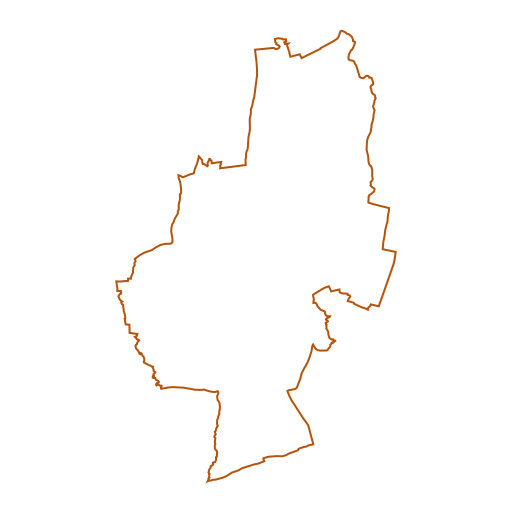 the district of Lelesti, Gorj, Romania
{"feature_id": "2599482B29028980052546", "entity_name": "Lelesti", "entity_type": "district", "adm_level": 2, "iso_a3": "ROU", "parent_name": "Romania", "parent_adm1": "Gorj", "projection": "orthographic", "projection_center": [23.201, 45.094], "detail": "fine", "context": "isolated", "style": "outline", "palette": "amber", "viewbox_px": 512, "rotation_deg": 0, "n_neighbors": 0, "source": "geoboundaries", "source_scale": "gbopen_adm2", "svg_char_len": 6038}
<svg xmlns="http://www.w3.org/2000/svg" viewBox="0 0 512 512"><path d="M264.3,461.2L263.4,459.1L263.4,458.2L268.8,456.7L277.1,456.1L282.3,456.3L286.2,455.1L288.8,453.6L297.9,450.3L298.2,450.1L298.4,449.0L298.8,448.7L303.4,447.1L306.5,446.5L308.4,445.4L313.3,444.3L308.1,424.9L303.9,419.3L291.6,400.4L289.2,395.5L287.4,391.0L288.6,390.3L294.7,389.1L296.1,388.4L296.8,387.7L300.5,378.3L301.5,373.6L304.1,368.5L307.5,362.6L309.4,357.7L311.5,351.2L312.4,345.6L313.1,344.5L315.5,348.6L317.7,350.1L319.9,350.6L326.5,350.5L327.5,350.1L328.5,348.5L330.3,346.5L330.4,345.8L330.2,345.0L331.1,344.1L331.5,343.0L332.1,342.5L332.8,343.0L333.8,341.9L335.3,341.0L335.2,340.7L333.5,340.9L333.6,340.0L333.0,339.3L331.6,339.5L329.4,338.0L328.3,334.2L328.3,332.1L326.9,329.3L326.3,328.6L326.5,327.5L326.3,325.6L326.7,325.0L326.0,324.3L325.6,323.0L327.9,321.4L327.6,320.7L326.0,319.7L325.9,319.3L326.9,318.2L329.6,317.0L330.0,316.3L327.4,316.2L325.9,315.3L324.9,313.3L325.1,312.3L324.8,311.5L320.6,309.7L317.4,306.1L316.8,304.3L315.3,302.7L313.4,302.9L313.8,299.0L313.1,295.7L313.1,294.7L322.5,288.9L325.3,287.5L328.9,286.3L331.2,291.4L339.4,289.5L339.7,292.2L340.4,292.8L342.4,293.4L347.5,293.7L347.6,294.9L349.7,295.4L350.3,296.4L348.3,299.4L347.8,301.1L353.4,302.6L353.9,302.9L354.0,303.7L354.8,304.1L361.4,307.2L365.3,308.4L367.9,309.7L368.3,307.6L369.9,306.4L370.8,304.4L378.8,306.3L393.5,264.3L394.6,259.4L395.7,251.9L382.7,249.2L383.4,241.5L384.5,236.0L385.3,229.9L386.6,224.3L387.5,221.5L387.8,216.6L388.8,211.3L389.1,208.1L375.0,204.6L368.9,202.8L368.3,202.3L368.6,199.0L368.5,197.1L369.4,194.9L370.8,194.2L374.0,191.6L374.6,189.0L374.5,188.7L372.6,187.5L370.5,185.6L370.9,184.7L370.5,182.1L372.3,180.5L372.7,179.4L372.2,176.0L372.2,169.6L371.1,166.2L369.7,165.1L369.0,163.7L368.6,162.0L368.1,155.9L366.6,150.0L366.9,142.6L367.3,139.7L368.1,137.2L370.6,132.1L371.4,127.4L371.6,124.5L372.8,120.6L373.5,117.0L373.5,114.9L374.6,110.6L373.0,106.6L374.3,102.5L374.6,100.5L375.7,98.2L375.1,97.2L375.2,96.0L374.7,95.0L372.5,93.6L372.1,93.1L371.5,91.1L371.3,89.0L370.7,88.0L370.5,87.1L370.7,86.4L371.7,85.1L373.2,84.4L373.1,82.3L371.6,78.0L370.7,77.5L369.3,77.7L368.5,76.2L368.0,75.9L366.2,75.9L363.2,78.3L361.2,78.0L359.7,77.0L356.2,65.3L355.2,64.2L354.1,61.6L353.0,60.7L349.7,60.2L348.7,59.4L348.4,57.5L349.1,53.9L350.2,52.2L350.9,50.3L352.0,49.7L353.5,47.0L354.7,43.7L355.0,42.1L354.6,41.7L352.9,41.0L353.0,39.5L352.0,37.2L350.9,35.9L348.7,34.2L346.9,33.8L345.4,32.3L342.1,30.8L341.3,30.7L340.5,31.3L338.6,36.6L337.9,37.9L336.6,39.2L332.9,41.5L320.6,48.2L320.6,48.7L301.6,58.1L299.8,54.3L290.4,56.7L289.4,53.4L289.5,52.2L288.7,50.8L288.5,49.4L287.2,45.9L287.3,44.5L288.2,43.6L285.0,44.1L284.4,42.8L285.1,42.4L284.8,41.9L286.3,41.4L285.9,39.2L283.1,39.5L282.7,38.7L281.8,38.8L278.3,38.2L274.9,39.1L275.2,42.0L276.5,43.1L276.3,44.3L278.9,45.5L279.7,46.5L278.8,48.1L278.3,48.5L275.8,49.1L273.7,47.9L255.0,49.7L256.5,62.1L257.0,68.9L257.1,74.6L254.2,97.4L253.1,100.7L252.4,105.2L250.9,109.5L250.8,114.1L249.8,118.6L249.7,120.4L249.9,127.4L249.7,131.3L248.5,136.9L247.8,148.0L247.3,150.2L246.6,151.2L246.0,154.1L246.2,156.2L245.5,159.4L245.7,165.0L220.2,168.3L220.3,166.5L220.1,165.6L220.9,164.6L220.6,163.6L221.1,161.9L211.8,163.3L211.5,160.6L210.5,160.4L210.2,159.0L209.7,158.8L209.3,158.9L208.8,160.7L207.6,162.7L207.8,165.8L207.3,166.3L204.5,164.2L202.8,164.1L202.3,162.4L202.1,160.1L198.9,156.4L197.0,163.8L195.0,168.6L193.8,173.2L193.5,173.5L190.8,174.1L183.0,177.2L182.4,177.1L180.3,175.8L178.5,175.2L178.7,178.4L179.9,181.2L180.4,183.3L181.1,189.4L181.2,192.5L181.0,193.3L180.0,194.3L179.9,199.9L179.1,202.7L178.7,205.2L178.8,209.2L177.8,211.7L177.8,213.7L174.7,218.8L173.4,222.6L172.4,223.9L171.5,227.2L171.2,231.6L172.4,238.4L172.5,242.2L170.6,243.7L165.5,243.8L160.6,244.9L155.8,247.4L151.9,250.1L144.4,252.6L139.3,255.5L134.7,259.0L135.4,260.2L135.5,261.2L134.4,263.1L134.7,265.0L133.2,267.8L133.3,269.3L132.9,270.8L133.1,272.3L131.3,276.3L130.9,278.7L128.1,278.6L128.1,280.8L120.5,281.5L116.3,281.4L117.4,288.5L117.3,290.9L121.0,291.1L121.1,293.6L119.7,294.2L118.4,296.2L119.8,299.6L122.1,301.5L121.3,301.7L121.3,302.8L121.9,304.1L123.1,304.7L123.7,310.7L124.8,314.5L125.3,317.4L125.2,318.6L124.7,318.8L125.7,324.4L129.4,324.7L129.6,332.9L137.4,334.0L136.6,336.1L134.9,336.9L135.9,337.7L136.7,339.1L138.6,339.8L139.1,340.6L138.2,341.1L137.2,342.8L136.9,344.2L135.9,344.9L135.5,346.1L135.7,347.2L136.6,349.2L138.0,350.4L138.8,352.1L139.3,352.5L139.2,353.1L139.4,353.7L140.1,354.1L140.4,352.9L141.0,353.1L142.2,354.5L142.4,355.7L143.7,357.0L144.3,359.5L144.3,360.7L143.7,361.6L143.9,362.5L149.5,365.4L150.5,365.6L151.7,366.5L152.9,366.7L152.6,367.3L153.6,369.5L153.6,370.9L155.3,372.2L154.4,373.5L153.6,374.0L153.4,374.6L153.9,375.6L153.9,376.2L152.8,376.3L152.7,377.6L153.8,378.1L155.2,377.9L156.0,379.8L158.2,380.8L158.9,381.8L158.7,382.5L156.9,383.2L156.3,384.0L156.1,384.6L156.5,385.4L158.4,384.5L160.0,385.7L161.5,385.7L161.6,386.4L160.9,387.5L161.2,388.8L168.5,387.5L172.9,387.1L183.8,387.7L195.7,389.8L201.7,389.9L203.8,389.5L209.4,391.3L213.5,392.0L215.7,391.9L217.4,391.2L218.1,391.5L218.4,393.0L217.8,394.7L217.2,395.8L217.1,396.3L217.7,400.3L218.7,401.2L219.0,402.3L219.6,403.3L219.6,404.6L220.0,406.8L219.7,408.9L219.9,409.6L219.2,411.1L219.2,413.0L219.4,414.0L218.6,415.2L218.6,415.8L218.2,416.5L218.1,418.1L217.2,419.9L217.0,423.8L217.8,425.8L217.1,426.5L217.0,427.3L216.2,428.5L215.7,430.9L214.8,431.7L215.7,434.3L214.7,435.6L214.3,436.7L215.4,438.3L214.9,441.0L214.9,443.0L215.4,444.2L214.8,445.1L214.8,447.3L215.0,448.5L215.6,449.7L217.0,451.3L217.1,452.5L216.8,456.6L216.0,457.2L216.1,459.7L215.2,462.0L213.1,462.5L212.8,463.3L213.3,463.9L213.3,464.4L211.7,465.7L210.8,466.1L210.5,466.7L210.6,467.8L209.3,469.4L208.5,472.5L209.5,473.8L209.0,474.3L209.3,475.0L209.1,476.5L209.5,477.7L208.4,478.5L208.3,478.8L208.7,479.4L207.7,481.3L209.0,480.7L211.7,480.4L212.9,479.8L215.8,479.6L222.7,477.7L226.5,476.1L231.9,472.6L238.6,470.3L242.1,468.2L254.2,464.4L257.9,463.7L264.3,461.2Z" fill="none" stroke="#b45309" stroke-width="2"/></svg>